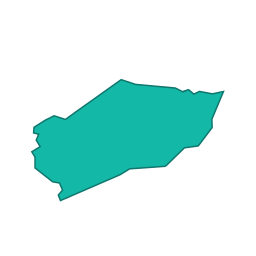 Marion, West Virginia, United States of America, rotated 324°
{"feature_id": "52423323B25945038003590", "entity_name": "Marion", "entity_type": "district", "adm_level": 2, "iso_a3": "USA", "parent_name": "United States of America", "parent_adm1": "West Virginia", "projection": "natural_earth1", "projection_center": [-80.207, 39.513], "detail": "fine", "context": "isolated", "style": "filled", "palette": "teal", "viewbox_px": 256, "rotation_deg": 324, "n_neighbors": 0, "source": "geoboundaries", "source_scale": "gbopen_adm2", "svg_char_len": 679}
<svg xmlns="http://www.w3.org/2000/svg" viewBox="0 0 256 256"><g transform="rotate(324 128 128)"><path d="M226.7,154.6L216.4,150.0L207.3,140.4L201.2,139.3L199.6,132.9L199.2,132.5L198.5,132.1L197.8,132.1L197.5,131.9L196.9,132.0L196.2,131.5L195.4,131.5L195.3,131.1L195.0,131.0L193.8,131.2L189.8,123.5L159.8,97.2L150.9,84.9L144.6,84.8L94.7,84.3L82.4,84.3L75.4,74.7L65.5,73.0L52.4,72.2L48.7,76.5L52.1,80.5L46.6,83.9L46.0,91.4L36.2,90.7L35.7,96.8L29.3,105.7L35.4,127.2L40.2,132.2L38.6,139.7L32.2,141.3L30.7,147.0L94.5,161.2L105.3,162.0L135.5,180.8L137.2,180.8L162.0,177.2L174.3,183.8L196.3,177.1L201.1,170.1L226.7,154.6Z" fill="#14b8a6" stroke="#0f766e" stroke-width="1.5"/></g></svg>